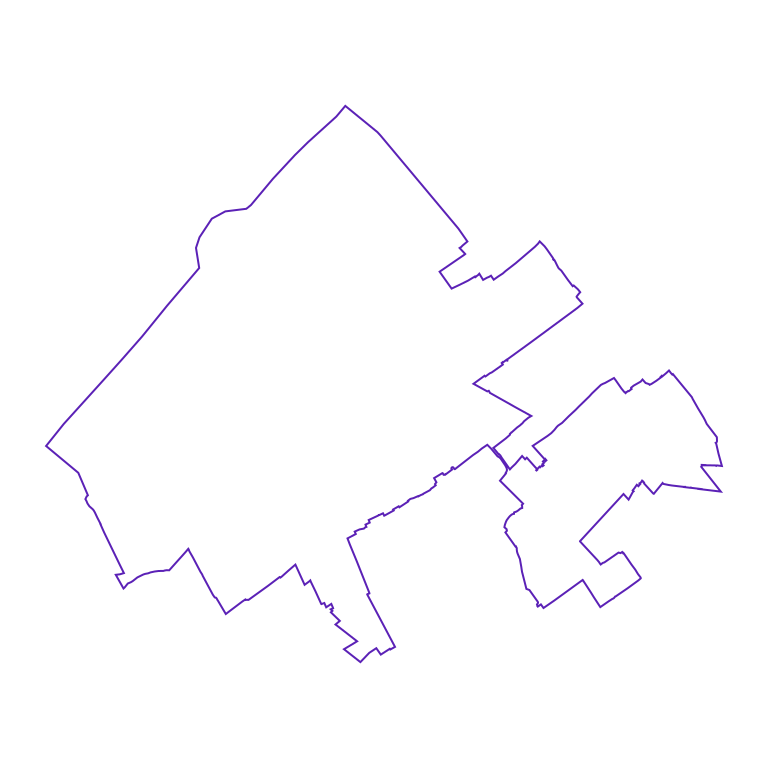 the district of 's-Gravenhage, Zuid-Holland, Netherlands
{"feature_id": "6326949B51640145634696", "entity_name": "'s-Gravenhage", "entity_type": "district", "adm_level": 2, "iso_a3": "NLD", "parent_name": "Netherlands", "parent_adm1": "Zuid-Holland", "projection": "albers", "projection_center": [4.334, 52.075], "detail": "fine", "context": "isolated", "style": "outline", "palette": "violet", "viewbox_px": 768, "rotation_deg": 0, "n_neighbors": 0, "source": "geoboundaries", "source_scale": "gbopen_adm2", "svg_char_len": 6018}
<svg xmlns="http://www.w3.org/2000/svg" viewBox="0 0 768 768"><path d="M600.3,607.1L608.8,601.2L612.2,599.0L613.5,598.4L614.0,598.0L615.2,596.5L615.7,596.4L627.4,588.4L638.4,580.4L640.6,578.5L640.8,578.2L640.7,577.8L640.5,577.3L638.0,574.1L635.3,569.7L631.5,564.6L623.6,553.1L623.4,552.9L623.1,553.2L622.2,552.0L620.6,553.1L618.5,552.6L604.4,562.4L602.8,562.9L600.7,564.5L599.7,563.2L599.3,562.4L597.3,560.0L580.1,541.5L580.2,541.3L580.1,541.1L623.5,494.0L628.6,499.6L629.5,498.0L632.8,492.0L633.6,491.3L632.7,490.4L634.3,488.4L636.8,484.8L638.4,486.2L639.3,485.1L639.2,485.0L639.4,484.7L640.2,484.0L639.6,483.3L640.4,482.9L641.1,482.2L642.1,480.6L643.1,481.4L643.2,481.9L643.4,482.3L644.1,482.5L644.2,482.9L644.1,483.4L644.2,483.6L653.2,493.5L653.8,493.8L662.6,483.0L663.3,483.9L668.7,485.0L671.9,485.5L683.9,486.9L684.5,486.9L684.4,487.1L690.3,487.8L690.7,487.6L690.8,487.8L700.1,488.9L699.8,489.1L720.8,491.6L701.3,466.9L701.7,466.6L701.7,464.9L703.8,465.0L703.4,465.3L715.3,465.4L716.2,465.9L716.8,465.4L721.9,466.0L718.5,453.7L716.3,444.0L716.0,443.3L715.7,442.9L716.4,442.5L716.8,441.8L717.0,441.2L716.9,437.7L716.8,437.1L706.7,423.9L705.0,420.2L703.5,417.4L698.1,408.5L692.6,398.8L691.9,397.2L672.9,374.1L672.3,374.6L671.1,373.3L669.0,370.5L666.0,373.3L662.3,376.4L661.8,375.8L660.5,377.1L660.8,377.5L656.3,380.8L651.5,383.9L649.6,384.8L649.0,384.1L645.6,383.0L642.5,379.5L640.7,381.6L633.7,385.6L631.1,387.7L631.0,388.1L631.6,389.0L628.7,391.2L628.1,391.0L626.4,392.3L626.2,392.2L625.6,393.1L624.1,391.8L621.5,388.6L615.8,380.4L614.0,378.0L605.0,383.0L603.0,383.8L600.9,384.9L592.0,393.4L589.3,396.4L578.8,406.6L575.8,409.7L568.8,416.2L562.1,422.9L558.1,425.6L556.7,427.0L554.4,429.9L551.3,433.1L547.6,435.9L532.7,445.9L544.8,459.4L545.2,458.9L546.4,460.3L545.4,461.2L544.4,460.1L542.9,461.5L544.0,462.8L542.5,464.1L543.6,465.4L542.6,466.2L541.9,465.5L540.1,467.3L539.5,466.7L537.7,468.6L537.3,469.9L536.5,470.5L536.2,470.2L537.2,469.2L534.8,466.7L526.8,457.7L525.1,459.3L522.1,456.0L515.3,464.0L511.6,467.5L509.9,469.4L501.7,457.7L500.4,455.5L499.2,454.3L498.9,454.5L498.6,454.2L493.4,447.9L505.7,438.5L509.9,434.8L510.0,434.5L509.9,433.9L511.2,432.7L511.3,432.5L511.5,432.5L517.2,427.4L519.7,425.6L520.9,424.6L521.0,424.4L522.3,423.4L524.1,421.2L528.4,417.7L531.3,416.0L515.9,407.5L489.8,392.8L489.3,391.5L488.8,390.8L487.3,391.4L473.5,383.8L484.5,375.8L484.7,376.1L485.4,376.5L489.8,373.3L491.8,372.4L502.8,364.6L501.7,363.0L502.7,362.1L503.0,362.4L506.5,359.8L507.2,360.7L507.4,360.6L507.4,359.3L532.2,341.3L577.3,308.0L582.5,303.7L576.8,297.3L576.6,296.6L578.6,294.0L580.2,292.2L579.2,290.9L577.8,289.2L573.7,285.5L572.7,286.2L567.9,279.9L561.3,270.6L559.0,268.6L558.4,267.9L556.8,264.8L555.5,262.1L554.5,260.2L553.9,259.5L553.5,259.8L553.1,259.3L553.2,258.7L553.0,258.1L546.8,249.2L544.6,246.3L539.7,241.4L538.1,243.6L534.9,246.8L515.7,263.2L505.5,271.1L502.8,273.5L498.2,276.5L493.7,279.7L491.0,275.7L489.0,276.9L487.0,277.7L483.1,279.9L479.3,273.7L478.0,275.1L475.9,276.6L475.8,276.9L475.3,277.2L474.9,276.5L468.1,280.6L459.0,285.1L451.6,288.6L439.6,271.7L464.5,254.6L465.2,254.0L459.6,248.0L461.3,246.9L462.5,245.6L467.4,241.5L458.4,228.6L380.6,135.6L377.4,132.1L345.3,105.9L336.3,116.6L308.0,142.2L294.9,155.1L273.0,178.7L251.0,205.0L246.3,208.8L225.3,211.4L211.8,218.7L199.5,237.3L196.0,247.9L199.2,268.0L167.1,305.7L142.1,336.5L121.2,360.3L103.6,379.9L63.8,423.9L46.1,446.0L78.3,472.8L87.9,495.3L86.7,496.4L85.4,499.1L86.5,501.1L87.5,503.5L89.4,506.3L92.7,509.2L93.7,510.4L94.9,512.5L97.3,517.6L100.6,524.0L100.4,524.1L104.1,532.4L119.5,564.2L123.9,573.1L119.9,574.3L115.8,574.8L123.5,588.5L124.7,587.4L127.8,583.5L130.9,582.2L132.7,581.1L137.4,577.4L143.3,574.5L145.1,573.9L148.2,573.3L150.5,572.4L154.7,571.5L158.6,571.0L163.5,570.9L164.7,570.5L166.6,570.2L169.2,570.3L185.6,552.0L188.3,548.8L188.8,549.6L188.9,550.1L189.4,551.3L193.0,557.6L200.4,571.7L202.2,574.5L202.6,575.6L206.5,582.9L212.9,594.8L214.5,597.1L215.1,597.6L216.0,597.7L216.7,598.5L217.4,599.9L217.9,600.6L225.8,614.0L242.2,601.6L245.3,599.5L245.6,600.0L246.7,599.8L248.5,599.9L267.8,586.0L279.7,577.0L280.3,577.2L280.5,577.5L281.4,576.9L289.0,570.1L295.4,564.6L304.6,584.8L309.1,581.5L310.3,580.4L310.8,581.7L315.5,591.4L321.2,603.9L321.4,604.1L324.3,603.0L326.2,607.3L331.3,603.9L332.9,607.6L333.1,608.3L330.7,609.3L332.4,610.9L330.9,612.3L339.8,620.9L335.5,624.5L357.1,641.3L344.0,649.2L360.4,662.1L369.3,652.8L376.3,648.2L380.8,654.6L389.8,648.8L390.3,649.5L395.0,646.9L367.4,594.8L367.2,594.4L367.3,594.2L369.4,593.4L369.3,592.8L356.7,561.1L349.8,544.4L347.5,538.4L355.8,534.0L354.7,531.6L359.6,529.4L363.9,528.6L365.3,527.3L366.4,526.9L365.5,524.6L369.7,522.6L368.7,520.0L377.3,516.0L378.5,515.4L378.7,515.0L379.4,515.0L383.0,513.3L384.2,515.7L385.2,515.2L393.7,510.5L393.1,509.5L398.7,506.3L399.4,507.3L408.2,501.5L407.9,500.8L410.4,498.9L413.5,498.1L418.1,496.1L418.3,496.4L420.9,495.0L423.0,494.2L423.1,493.9L423.4,493.7L429.9,490.2L431.4,488.4L432.6,487.7L435.7,485.3L435.0,484.1L435.6,483.3L436.4,482.3L434.1,478.1L442.4,473.1L442.7,473.2L443.6,474.8L444.1,474.9L445.3,474.2L445.5,474.5L452.0,469.6L451.4,468.6L451.4,468.2L451.7,467.6L452.3,467.2L453.3,467.4L454.5,469.1L455.0,469.1L473.0,455.1L478.0,451.7L481.7,448.6L487.3,444.8L491.1,448.6L497.6,456.4L499.0,457.1L500.5,458.4L505.2,465.3L506.5,467.8L506.9,469.3L506.9,470.5L506.5,471.6L505.6,473.1L505.9,473.5L500.0,480.7L523.1,503.7L521.8,505.1L522.1,506.0L522.2,508.0L520.5,508.5L518.1,510.5L516.4,511.6L514.2,512.3L514.0,512.8L514.0,513.8L513.2,513.9L511.6,514.6L509.8,516.2L508.7,517.5L506.7,520.2L505.9,521.9L504.9,524.8L504.4,527.2L506.6,529.2L506.9,530.8L505.4,532.4L515.5,546.6L515.9,546.4L516.8,548.2L516.7,548.9L517.0,551.6L517.6,553.6L519.9,559.0L521.3,567.0L522.0,571.7L522.8,574.8L526.4,588.9L529.4,590.0L537.8,601.8L538.0,602.4L538.0,602.9L537.0,604.5L537.2,604.8L537.3,606.0L537.8,606.6L540.9,604.4L543.5,608.0L554.2,600.6L582.6,580.0L583.2,580.9L583.3,580.8L591.1,592.8L593.9,597.3L600.3,607.1Z" fill="none" stroke="#5b21b6" stroke-width="2"/></svg>